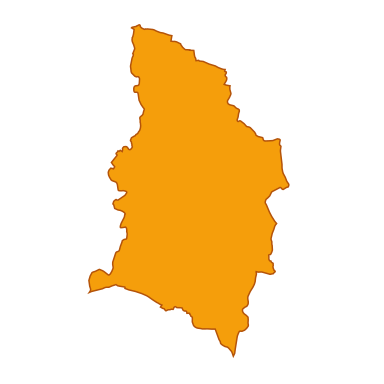 outline of Chaiyo, Ang Thong, Thailand, rotated 15°
{"feature_id": "78962969B91278990376837", "entity_name": "Chaiyo", "entity_type": "district", "adm_level": 2, "iso_a3": "THA", "parent_name": "Thailand", "parent_adm1": "Ang Thong", "projection": "natural_earth1", "projection_center": [100.458, 14.673], "detail": "fine", "context": "isolated", "style": "filled", "palette": "amber", "viewbox_px": 384, "rotation_deg": 15, "n_neighbors": 0, "source": "geoboundaries", "source_scale": "gbopen_adm2", "svg_char_len": 6037}
<svg xmlns="http://www.w3.org/2000/svg" viewBox="0 0 384 384"><g transform="rotate(15 192 192)"><path d="M281.9,200.6L279.4,198.8L275.3,195.0L272.1,191.5L267.2,185.2L265.6,183.6L265.3,182.7L265.3,180.5L265.6,179.7L266.9,177.8L268.1,175.6L268.9,171.4L269.6,170.6L275.9,164.8L276.6,164.8L278.6,166.0L279.5,165.9L282.0,163.2L283.6,162.2L283.8,160.9L283.6,159.8L283.3,159.3L280.7,157.0L278.3,153.7L275.3,150.5L274.3,148.9L272.8,145.7L271.8,142.1L267.0,130.1L266.6,128.7L266.1,124.9L265.7,124.5L264.7,124.0L264.1,123.1L263.8,121.1L263.8,119.5L263.5,118.7L262.8,118.4L260.9,118.5L260.2,118.9L256.8,121.4L252.7,122.8L249.4,123.8L248.4,123.8L247.5,123.3L247.0,122.6L246.5,121.5L246.2,121.3L245.8,121.2L241.5,121.3L239.4,120.7L238.8,120.2L238.5,119.5L237.0,118.0L231.7,114.8L230.4,114.5L227.8,114.6L224.6,112.5L220.5,110.8L219.6,110.9L218.3,112.0L217.7,111.8L217.0,111.0L216.9,110.5L217.1,107.6L216.7,104.3L216.8,101.8L216.6,101.0L216.2,100.3L215.3,99.9L213.2,99.6L210.1,97.9L206.1,98.0L204.8,97.7L203.9,97.3L202.9,95.9L202.7,94.5L203.7,91.0L204.2,87.8L204.1,86.7L202.0,83.1L201.3,80.6L201.3,79.6L197.3,79.9L195.2,79.7L196.3,75.7L196.4,74.6L196.3,73.6L195.8,72.3L194.5,71.7L193.9,70.9L193.7,70.0L193.8,69.6L194.3,68.9L194.2,67.6L194.1,67.3L193.8,67.1L192.7,67.1L192.3,66.9L192.3,65.1L190.7,65.4L188.8,65.4L185.1,65.0L181.9,64.2L175.5,64.0L169.0,63.0L165.2,63.6L164.4,63.1L161.9,64.1L160.9,61.9L159.9,61.0L159.0,59.4L157.1,54.8L153.0,55.7L153.0,55.3L148.9,56.2L148.0,56.0L145.4,54.6L143.0,52.5L142.6,51.8L141.4,51.6L138.4,51.0L137.0,51.0L135.9,51.1L134.8,51.5L132.6,51.7L132.1,46.2L129.1,46.4L123.0,45.9L120.0,46.2L116.2,45.8L113.3,45.2L112.0,45.2L106.5,46.1L105.6,46.5L104.6,46.6L104.3,47.1L103.7,47.2L101.2,46.7L99.3,45.7L98.9,44.7L98.4,44.2L98.1,44.1L97.4,44.4L96.0,45.7L95.5,46.0L95.4,46.4L91.7,48.3L91.3,48.6L91.1,49.1L94.0,49.9L94.6,54.7L94.6,57.4L94.3,58.6L94.5,59.1L94.7,60.6L95.5,62.3L97.6,65.0L99.1,67.4L99.6,68.5L99.0,73.8L99.7,74.1L99.9,75.7L99.6,77.1L99.5,78.3L100.0,86.1L100.2,86.9L101.1,89.0L102.0,91.4L102.8,92.6L106.7,94.9L108.4,95.2L109.8,94.6L110.5,94.6L111.5,95.3L112.1,96.4L113.0,100.9L112.9,102.1L112.6,102.8L112.3,103.1L109.9,104.1L109.1,104.9L108.9,106.0L109.0,107.2L109.6,109.1L110.2,110.1L110.8,110.4L111.2,110.4L112.4,110.0L113.3,109.9L114.3,110.5L117.1,117.0L120.1,120.6L123.1,123.2L124.2,123.9L124.5,124.5L124.4,126.7L124.5,129.5L124.0,130.8L122.6,132.8L122.4,134.0L123.6,136.7L123.8,137.9L124.3,138.7L125.3,141.4L125.6,143.4L125.6,145.4L125.4,146.4L124.8,147.8L124.4,149.6L123.0,151.0L122.6,152.3L121.5,153.2L119.5,155.3L119.2,157.7L119.3,158.4L120.5,159.3L120.9,160.4L121.7,161.7L122.0,162.8L122.7,163.9L122.6,164.7L121.7,166.7L121.4,167.0L120.5,167.3L119.6,167.0L118.3,165.8L117.2,165.2L116.4,165.2L114.5,165.9L113.9,166.9L113.6,167.9L114.1,169.5L114.1,171.0L111.9,170.3L111.1,171.6L109.9,171.4L109.6,172.7L108.8,174.0L108.7,174.5L108.9,174.9L110.1,175.7L110.1,176.1L106.5,184.3L108.7,186.2L110.6,187.4L110.8,187.7L110.2,189.9L109.3,189.8L108.9,190.1L108.1,189.9L107.3,190.1L107.1,190.7L106.6,191.4L106.2,192.4L106.0,194.4L106.1,195.0L107.0,197.2L108.4,199.0L110.8,201.3L111.9,201.7L115.9,202.1L117.1,202.9L118.0,204.2L120.0,208.8L120.5,209.5L120.9,209.6L121.9,209.5L123.6,209.1L125.1,208.5L125.9,208.4L128.0,208.4L128.6,208.7L129.0,209.0L129.1,209.8L128.1,212.6L123.9,217.5L122.7,218.9L121.7,219.2L120.6,218.9L119.6,220.0L118.8,221.3L118.7,224.0L119.2,224.2L119.8,224.8L121.6,227.9L125.1,228.5L127.6,228.3L129.7,228.6L131.9,229.3L133.2,230.5L132.9,231.4L133.1,232.8L133.1,234.0L131.7,240.6L131.6,243.2L131.8,244.5L132.2,244.9L133.2,244.7L135.6,243.7L136.7,243.1L137.0,243.1L137.8,243.7L138.2,244.1L138.9,245.8L139.2,247.2L139.8,248.2L140.3,249.4L140.7,251.9L140.9,253.7L140.7,254.4L140.4,254.6L138.7,255.4L137.3,257.0L137.3,258.8L136.9,262.8L136.9,267.3L136.4,268.2L134.6,269.5L134.2,270.3L134.1,270.9L133.6,280.3L134.1,282.4L135.3,285.1L135.5,286.2L135.1,289.4L134.3,292.3L133.4,293.6L132.7,293.8L127.5,291.6L126.1,291.2L122.7,290.7L122.3,290.9L119.1,293.7L117.2,294.9L116.3,295.7L115.4,299.5L115.3,304.1L117.6,309.5L119.0,311.7L119.3,312.3L119.4,313.8L118.8,315.6L120.7,314.1L130.6,308.6L132.7,306.8L133.9,306.2L136.4,305.5L139.0,303.4L142.6,301.1L144.4,301.8L146.6,301.7L151.7,301.2L152.0,301.4L152.2,302.5L156.4,302.9L163.1,302.7L169.7,303.1L175.0,303.9L177.1,304.5L181.7,306.2L186.6,307.8L187.4,307.9L190.1,308.7L192.2,309.0L191.3,311.3L193.9,312.0L195.3,312.0L196.9,313.3L197.4,313.5L197.9,313.3L199.3,312.0L201.2,311.4L202.5,310.5L204.1,310.3L204.3,309.9L204.4,308.4L204.8,307.6L205.4,307.1L205.9,307.1L207.4,307.6L211.1,306.7L212.4,306.6L213.9,308.4L214.4,308.7L215.8,308.9L216.6,308.6L217.4,308.7L218.0,309.3L218.5,310.5L220.7,309.8L221.2,309.9L221.4,310.6L222.1,311.0L223.0,312.2L224.5,312.8L224.9,313.4L225.9,317.4L227.9,320.3L228.4,320.8L229.9,321.6L231.6,322.0L232.8,322.0L236.1,321.6L237.4,321.6L242.7,320.1L246.7,319.3L249.9,318.4L256.2,327.4L257.9,329.1L258.9,330.9L260.1,331.6L261.8,332.2L263.8,332.7L266.5,332.7L267.8,333.3L271.2,335.6L272.1,336.5L274.4,339.9L275.0,336.8L274.4,332.3L273.2,320.8L273.1,319.0L273.5,315.6L273.7,314.8L274.2,314.1L274.6,313.9L276.3,313.6L278.4,312.0L279.2,311.0L280.3,309.0L281.0,307.0L280.9,306.0L280.0,304.0L279.4,301.0L278.5,298.4L276.3,297.1L274.0,296.2L272.8,295.4L271.8,294.3L271.3,293.0L271.2,292.2L271.6,291.4L273.1,289.4L274.2,288.5L274.7,287.8L274.9,287.1L275.2,285.6L274.8,283.6L273.5,280.7L273.1,279.0L273.1,278.3L274.0,273.0L275.5,268.1L276.1,265.0L276.2,262.3L275.6,258.3L275.5,254.8L275.4,254.3L274.7,252.9L274.6,252.3L276.5,252.3L279.7,251.3L280.7,251.2L288.7,251.3L291.7,249.8L291.8,249.2L292.7,248.0L292.9,247.2L292.7,246.9L291.4,246.4L291.3,246.0L290.3,244.8L289.5,243.2L289.5,242.1L288.8,239.9L286.9,239.3L286.0,238.2L285.2,238.4L284.8,238.3L283.8,237.3L283.5,236.6L283.0,234.5L282.5,233.6L282.5,233.0L282.6,232.7L283.9,232.1L284.2,231.5L284.6,229.4L284.7,227.3L283.3,223.0L282.6,221.7L282.0,219.4L280.7,217.5L280.4,216.5L280.2,211.2L280.7,207.0L280.8,203.7L281.2,202.1L281.9,200.6Z" fill="#f59e0b" stroke="#b45309" stroke-width="1.5"/></g></svg>